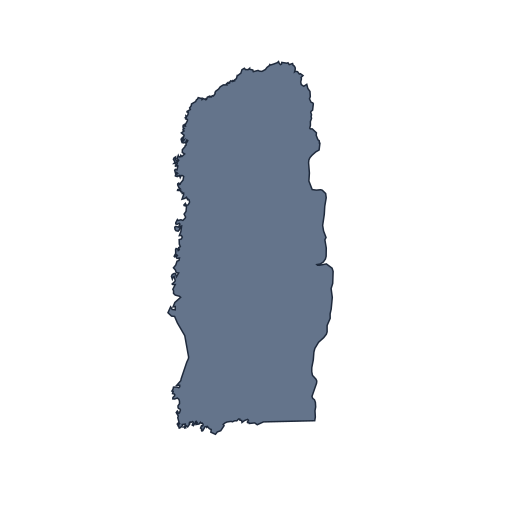 Cémaco, Emberá, Panama (Equal Earth projection), rotated 27°
{"feature_id": "35544464B97787935745550", "entity_name": "Cémaco", "entity_type": "district", "adm_level": 2, "iso_a3": "PAN", "parent_name": "Panama", "parent_adm1": "Emberá", "projection": "equal_earth", "projection_center": [-77.717, 8.422], "detail": "fine", "context": "isolated", "style": "filled", "palette": "slate", "viewbox_px": 512, "rotation_deg": 27, "n_neighbors": 0, "source": "geoboundaries", "source_scale": "gbopen_adm2", "svg_char_len": 6118}
<svg xmlns="http://www.w3.org/2000/svg" viewBox="0 0 512 512"><g transform="rotate(27 256 256)"><path d="M212.8,73.4L212.0,74.2L209.3,72.9L207.3,73.5L206.8,74.4L206.1,71.5L205.2,70.2L203.7,69.3L202.6,69.3L201.2,67.9L198.7,70.4L196.8,69.3L196.0,70.2L191.1,71.8L191.6,73.4L190.9,74.4L189.2,73.8L187.8,72.5L187.2,74.1L184.7,76.8L182.2,79.3L181.4,79.1L181.4,80.4L180.2,82.9L179.7,85.6L177.5,88.8L175.3,89.7L173.6,89.7L169.9,93.0L168.7,91.7L165.5,92.5L165.1,91.7L164.4,93.5L162.0,94.7L160.4,94.0L158.9,96.4L159.5,99.9L157.9,103.4L157.3,103.6L158.0,106.8L157.0,108.8L157.5,109.5L156.3,110.7L156.0,110.4L156.3,110.0L155.7,110.1L155.5,111.3L154.0,111.3L153.6,112.9L153.9,113.8L153.0,114.7L152.3,114.1L151.5,116.0L152.4,116.7L149.2,118.4L147.3,121.5L146.9,124.2L145.2,127.7L145.4,129.4L145.9,129.9L145.4,132.8L144.4,133.0L144.1,134.5L143.5,134.8L143.4,134.3L142.3,135.4L142.0,134.8L140.5,136.6L140.8,139.0L140.4,139.5L139.8,138.9L139.5,139.5L137.7,139.6L136.9,141.1L136.2,139.9L135.6,140.5L132.6,141.1L132.6,142.7L132.0,144.1L132.1,145.8L129.5,149.8L130.1,151.6L129.6,154.2L131.0,155.3L128.9,158.5L129.3,159.1L130.4,158.7L131.2,161.0L130.9,163.1L129.9,162.9L130.6,164.1L130.3,164.8L131.0,164.6L131.2,165.8L132.9,165.5L133.5,166.6L133.4,171.4L134.2,172.3L132.7,172.9L132.4,171.6L131.8,172.6L132.4,174.3L134.2,175.1L133.4,176.0L133.7,176.9L135.1,177.3L133.6,180.2L137.1,181.0L137.7,184.4L137.1,185.3L136.5,184.4L136.2,185.9L137.5,187.4L139.2,185.1L139.0,186.7L138.0,187.5L138.6,188.5L140.0,188.2L141.8,186.8L141.7,184.0L142.8,184.1L142.9,185.3L142.4,187.4L143.4,188.8L142.8,189.8L143.1,190.8L142.1,194.7L143.3,197.2L146.1,197.5L144.8,201.0L143.3,200.4L143.6,201.8L143.1,202.4L141.9,202.4L141.1,201.7L141.5,205.1L143.7,205.8L143.5,207.2L140.5,206.7L139.4,204.2L138.5,205.7L138.5,207.3L141.4,209.3L140.9,210.8L142.0,210.2L142.7,208.4L143.7,209.0L144.0,209.7L143.1,211.5L143.3,212.5L143.9,212.5L144.5,211.2L145.5,211.2L146.5,215.1L144.8,215.4L144.6,216.5L146.7,218.8L147.4,217.6L148.7,217.9L147.5,220.6L147.8,221.3L149.8,221.0L150.0,219.9L151.0,219.9L151.4,219.0L152.9,220.5L152.8,218.2L154.1,217.7L155.5,218.0L156.5,221.5L155.7,225.3L155.8,226.5L155.3,227.1L154.1,226.1L153.5,227.2L153.9,228.2L156.0,229.9L158.1,230.6L156.1,232.3L156.3,233.2L159.2,232.0L160.0,232.9L160.9,232.6L161.9,233.8L162.9,232.8L163.6,233.9L164.3,239.0L166.4,237.0L167.4,235.2L168.5,236.2L169.2,236.0L169.6,236.9L170.9,236.4L172.1,237.8L172.5,238.7L172.3,241.2L171.5,242.1L170.2,242.2L169.2,241.2L168.6,243.2L169.0,243.7L171.5,243.2L173.4,248.0L172.9,251.3L175.6,253.3L175.7,254.4L174.7,257.5L172.6,257.8L170.5,259.7L169.4,259.2L169.4,262.8L169.9,263.8L171.3,263.6L172.8,261.7L173.7,262.1L173.9,265.4L171.1,266.0L170.5,267.2L171.8,269.1L173.2,269.8L175.4,269.2L175.8,267.6L175.3,263.8L176.1,263.0L178.0,268.4L178.4,272.7L180.2,271.6L181.7,272.6L181.8,274.7L180.1,276.3L182.3,280.3L184.3,282.0L183.3,283.7L184.8,285.2L184.2,286.5L183.0,285.3L181.4,285.6L181.4,286.7L183.3,290.2L183.2,293.4L183.7,293.6L183.9,291.7L184.8,290.9L185.8,291.3L185.1,293.1L186.2,293.8L186.8,294.0L188.7,292.5L189.4,294.9L188.0,296.5L188.6,300.5L187.8,304.0L190.6,305.1L192.4,307.0L194.8,306.2L194.6,310.6L192.5,308.5L191.1,308.6L189.8,310.5L189.9,312.5L192.0,314.6L191.8,312.1L192.3,311.4L195.1,314.5L195.3,315.5L194.0,319.0L194.8,319.2L197.0,318.1L197.0,323.4L198.4,324.5L199.5,326.8L201.8,327.5L206.1,326.6L207.6,327.0L204.8,334.2L205.2,339.0L207.0,337.7L208.5,340.6L205.6,341.7L203.0,340.1L203.3,346.5L208.0,347.9L210.9,346.8L216.3,351.3L228.7,359.3L241.9,376.7L242.4,378.3L242.5,381.9L245.1,399.6L245.6,401.2L244.1,407.1L246.7,405.8L247.4,407.1L247.0,408.4L244.7,408.8L242.0,410.3L242.5,412.2L242.4,414.5L243.7,414.2L244.1,416.5L246.0,416.1L246.7,416.6L246.9,417.7L246.2,419.7L246.7,421.1L248.4,420.4L250.4,418.3L252.3,418.7L253.6,419.9L254.9,422.3L254.5,424.8L255.1,426.1L256.1,427.0L257.7,426.9L258.6,427.5L259.0,430.7L257.9,432.0L257.2,430.2L256.3,429.8L256.0,431.7L259.4,433.8L259.7,435.6L262.8,439.0L262.3,440.8L263.2,440.6L263.3,439.8L264.0,440.1L263.6,440.6L263.8,441.2L263.0,441.8L263.9,442.0L263.6,442.7L265.3,443.4L265.4,444.1L266.1,444.0L267.6,440.6L266.8,439.6L269.2,437.9L269.9,439.7L269.4,441.0L270.1,440.5L270.6,441.6L271.4,441.0L270.6,440.2L270.3,438.8L272.7,439.3L273.2,435.8L272.6,435.6L272.3,434.4L272.9,433.7L273.5,433.9L274.6,432.3L275.7,432.6L275.9,435.6L277.3,435.6L277.4,433.0L278.0,432.6L277.4,431.0L277.7,430.4L279.3,431.2L279.1,431.9L278.4,431.8L279.0,433.4L281.5,431.6L282.0,429.4L283.2,430.0L283.8,429.3L285.0,429.8L285.5,430.5L285.6,431.6L284.5,432.0L284.7,434.5L286.1,434.8L286.6,436.1L287.3,436.5L287.9,435.7L288.1,431.2L289.2,430.5L289.9,431.0L290.1,430.0L293.0,431.1L294.9,430.9L295.8,433.5L300.8,433.3L301.4,430.3L303.9,427.7L304.6,421.7L303.2,420.9L304.3,418.6L305.6,417.0L309.0,414.6L310.2,414.5L311.9,412.4L313.7,411.6L314.5,409.1L315.7,408.7L316.2,409.6L317.9,409.1L319.1,410.7L320.5,407.8L322.7,405.4L323.9,405.8L323.7,407.9L324.1,408.3L325.3,407.7L326.0,408.3L330.6,405.3L333.7,405.8L338.0,400.4L383.1,376.1L382.0,372.6L378.8,367.1L377.7,363.4L375.4,359.5L373.4,357.6L371.1,357.1L369.6,355.6L367.7,341.8L366.9,339.8L365.3,338.5L360.5,336.7L358.2,333.8L356.4,330.2L354.2,322.5L351.2,315.3L350.4,311.6L350.9,304.5L353.4,298.0L354.2,293.8L353.8,291.3L350.9,285.6L350.4,277.9L348.3,273.9L347.1,269.2L342.8,258.3L337.7,250.9L336.8,245.6L331.7,234.7L329.3,232.3L322.3,231.1L316.7,235.5L315.0,236.3L314.1,236.0L316.8,234.0L318.7,230.8L319.2,227.2L318.6,224.4L315.0,217.0L310.0,210.3L310.0,207.7L304.9,203.1L301.5,198.5L297.9,187.8L294.7,180.5L292.1,172.2L289.7,168.7L285.2,167.3L283.5,167.6L279.9,169.9L275.9,171.3L269.1,165.2L265.9,157.8L260.5,149.0L259.5,146.4L259.4,143.8L260.2,140.7L262.0,136.1L264.1,132.9L261.8,126.6L261.4,126.8L260.0,124.6L258.4,124.3L254.9,121.2L253.9,118.8L248.4,117.2L246.7,118.1L245.8,117.7L245.2,114.9L243.4,111.5L243.0,108.1L241.8,106.8L241.4,105.0L239.5,103.1L239.4,102.1L240.2,100.3L238.0,94.4L237.1,93.8L235.3,94.0L232.3,91.7L232.0,89.3L229.4,84.9L226.0,83.1L223.3,80.0L221.5,83.1L218.5,82.7L216.8,80.6L216.1,77.6L215.1,76.4L216.0,73.9L212.8,73.4Z" fill="#64748b" stroke="#1e293b" stroke-width="1.5"/></g></svg>